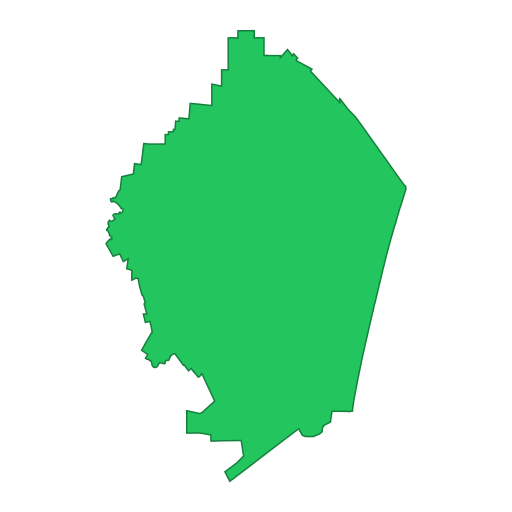 San Fernando, Tamaulipas, Mexico (Natural Earth projection)
{"feature_id": "50627088B9132255009494", "entity_name": "San Fernando", "entity_type": "district", "adm_level": 2, "iso_a3": "MEX", "parent_name": "Mexico", "parent_adm1": "Tamaulipas", "projection": "natural_earth1", "projection_center": [-98.052, 24.872], "detail": "fine", "context": "isolated", "style": "filled", "palette": "green", "viewbox_px": 512, "rotation_deg": 0, "n_neighbors": 0, "source": "geoboundaries", "source_scale": "gbopen_adm2", "svg_char_len": 5808}
<svg xmlns="http://www.w3.org/2000/svg" viewBox="0 0 512 512"><path d="M106.7,230.3L107.1,230.1L107.8,230.7L109.4,233.9L109.6,235.6L109.9,235.6L110.3,236.1L110.5,236.2L110.6,236.4L111.2,236.9L111.8,237.7L111.7,239.6L110.7,239.0L110.4,238.9L110.2,238.9L110.0,239.0L109.9,239.1L106.1,243.3L106.3,244.3L107.2,245.8L113.1,256.3L119.7,253.9L123.3,261.6L128.2,258.8L127.3,264.9L126.8,268.8L131.0,270.0L131.7,270.5L131.9,270.5L131.7,280.2L136.0,278.1L138.1,278.5L139.6,286.3L141.3,292.6L141.9,294.8L143.3,296.2L145.3,302.8L144.1,303.9L146.8,314.1L143.3,314.1L144.4,318.2L145.3,322.4L149.9,321.4L151.1,326.1L152.0,331.1L152.3,332.4L151.8,332.3L148.0,338.9L144.8,344.4L141.6,350.3L147.7,354.4L145.5,358.3L146.0,358.7L146.8,359.1L147.3,359.3L147.5,359.4L148.6,359.3L149.0,359.8L149.3,360.0L149.6,360.6L149.8,360.7L150.2,360.7L151.0,361.2L151.3,361.6L151.4,362.0L151.6,362.9L152.1,365.3L152.7,366.0L152.8,366.4L153.8,367.3L154.3,367.4L155.2,367.5L155.6,367.4L156.5,367.1L157.1,366.6L157.4,366.3L157.7,366.0L158.0,365.1L158.2,364.7L158.5,364.3L158.7,363.8L159.1,363.5L159.7,362.7L159.9,362.7L160.5,362.9L161.0,363.0L161.3,362.8L161.5,362.8L162.6,363.4L162.9,363.5L163.4,363.4L164.2,363.7L164.3,363.8L164.5,363.8L164.7,363.6L165.0,363.5L165.1,363.1L165.2,361.4L165.6,360.7L165.8,360.6L166.2,360.4L166.9,360.5L167.0,360.5L167.2,360.4L167.3,360.3L168.4,360.3L168.8,359.9L169.0,359.9L169.0,359.6L169.2,358.9L169.4,358.6L169.5,358.4L170.2,357.1L170.3,356.8L170.2,356.6L170.2,356.4L170.3,356.0L171.2,355.6L171.7,355.2L172.0,354.8L172.6,354.5L172.7,354.3L172.9,354.2L173.8,353.9L175.0,353.8L183.3,365.2L184.0,364.7L188.5,370.8L191.1,368.5L194.5,372.8L194.7,372.6L198.2,377.1L199.5,376.6L201.9,373.7L214.7,401.1L203.3,411.4L202.6,412.2L201.9,412.6L199.9,413.6L186.7,410.7L186.8,433.1L199.9,433.0L210.8,434.9L211.0,441.1L220.8,440.8L241.2,440.5L243.6,456.0L236.7,463.0L224.9,471.8L229.8,481.3L251.0,465.2L260.9,457.5L288.5,436.4L289.2,436.1L289.4,435.9L289.7,435.5L290.2,435.2L290.3,435.1L298.8,428.7L299.5,430.1L299.8,430.9L300.1,431.5L300.3,431.7L300.6,432.3L300.8,432.6L301.3,433.1L301.5,433.7L301.5,434.2L301.7,434.5L302.2,435.1L302.5,435.4L303.0,435.6L303.7,435.9L304.1,436.1L305.5,436.4L306.6,436.5L309.5,436.6L312.6,436.5L313.4,436.5L319.6,433.9L319.9,433.6L320.0,433.5L320.7,433.0L321.6,432.4L321.8,432.0L321.9,431.9L322.1,431.6L322.2,431.0L322.3,430.3L322.3,429.6L322.4,428.2L322.5,427.7L322.7,427.2L323.4,426.6L323.6,426.2L323.5,425.8L323.6,425.5L323.9,425.3L324.4,425.1L326.0,424.3L329.0,422.8L329.8,422.3L330.3,422.1L330.4,421.7L330.5,421.7L332.0,411.2L347.1,411.4L349.4,411.6L350.2,411.5L351.3,411.1L352.5,411.1L352.5,409.7L353.0,406.0L353.3,404.0L353.8,400.6L356.4,386.7L356.9,384.0L357.2,382.1L357.4,381.6L357.5,381.0L357.6,380.5L357.9,378.4L358.5,376.2L358.9,373.8L360.9,364.3L361.0,363.7L361.4,361.9L361.5,361.2L362.1,358.5L362.3,357.6L362.5,356.6L364.0,349.9L364.4,348.6L364.7,346.8L365.3,344.1L365.7,342.2L367.2,336.0L367.3,335.5L369.4,326.4L369.6,325.3L370.0,323.5L370.3,322.4L371.3,318.2L371.6,316.6L372.2,313.9L373.2,310.6L373.5,308.7L374.3,305.2L375.3,301.5L377.7,291.5L377.9,290.8L378.1,289.6L378.4,288.7L379.0,285.7L380.1,281.7L380.3,280.5L381.6,275.4L381.8,274.2L382.5,271.5L382.7,270.3L383.4,267.5L383.8,266.3L384.1,265.0L384.4,263.5L385.5,259.0L386.4,255.5L386.8,254.0L391.0,238.4L391.4,237.1L392.5,233.3L394.7,225.7L395.8,222.8L396.2,220.6L397.0,218.0L397.7,215.5L398.0,214.4L398.4,213.6L398.6,212.4L399.0,211.2L400.0,207.7L400.9,205.5L401.7,202.7L402.1,201.4L402.5,200.0L403.2,197.9L405.9,189.2L405.7,188.5L405.8,187.6L405.8,186.7L405.4,185.9L404.6,185.6L396.9,175.0L390.4,165.8L360.9,124.3L355.7,117.2L347.8,109.0L346.3,107.0L339.8,98.6L339.6,99.1L339.6,99.7L339.8,99.9L339.9,100.3L339.9,101.1L339.9,101.4L339.8,101.6L339.9,101.8L339.9,102.2L339.8,102.6L337.1,99.6L335.7,98.2L316.6,77.7L310.5,71.2L310.5,70.9L312.0,69.2L297.0,61.0L296.1,59.8L297.6,58.1L293.6,53.7L292.4,55.8L287.5,49.5L283.7,53.9L280.3,57.6L280.3,55.6L266.7,55.6L266.8,55.4L264.0,55.4L264.0,52.1L264.0,37.8L254.2,37.8L254.3,34.3L254.2,30.7L237.9,30.8L237.9,37.9L228.2,37.9L228.2,54.2L228.2,69.5L228.2,69.9L221.6,69.9L221.6,86.1L211.8,84.1L211.8,105.5L203.2,104.7L199.9,104.3L190.2,103.4L188.9,118.8L179.2,117.9L178.9,121.4L175.7,121.1L175.0,129.5L173.4,129.4L173.3,131.8L168.5,131.8L168.4,134.6L165.2,134.6L165.2,144.0L154.8,144.1L149.2,144.1L143.8,143.5L142.0,158.2L141.1,164.6L134.6,163.6L133.7,170.6L133.9,170.7L133.3,174.0L121.7,176.7L120.1,190.1L118.7,190.9L116.8,195.0L116.7,195.5L116.4,196.0L116.3,196.3L116.3,196.6L116.2,197.0L115.9,197.0L115.7,197.0L115.4,197.1L115.3,197.4L114.7,198.2L114.5,198.3L114.3,198.3L113.3,197.7L112.7,198.1L112.5,198.4L112.1,198.7L110.6,198.7L110.6,200.2L110.9,201.2L111.1,201.3L111.5,201.8L111.9,202.0L112.2,202.0L112.4,201.8L112.6,201.6L112.8,201.3L113.0,201.2L114.6,201.8L115.1,202.2L116.2,202.7L117.2,203.6L117.4,203.7L117.7,204.0L119.3,205.6L119.6,206.1L120.3,206.8L120.4,207.2L120.5,207.3L120.8,207.9L121.2,208.3L121.3,208.7L122.4,208.5L122.6,208.6L123.0,208.8L123.1,209.1L123.1,209.6L123.1,210.2L122.6,211.5L122.2,212.0L122.0,212.4L121.6,212.8L121.3,213.0L120.9,213.2L120.3,212.6L120.2,212.2L119.9,212.1L119.1,212.5L119.2,213.1L119.1,213.5L118.9,213.8L118.7,213.9L118.5,214.1L118.2,214.1L117.9,214.1L117.7,214.0L117.4,214.1L116.9,214.0L116.4,213.7L115.3,213.8L114.8,213.9L114.6,214.0L114.4,214.0L113.5,214.6L113.2,214.9L113.0,215.4L113.1,215.7L113.5,216.5L113.7,216.9L113.9,217.1L114.1,217.4L114.2,217.8L114.8,218.9L114.8,219.2L113.6,220.1L113.4,220.2L112.6,220.8L112.3,221.2L111.9,221.3L111.5,221.3L111.0,221.2L110.1,221.0L109.8,220.6L109.8,220.4L109.6,220.3L109.3,220.4L109.2,220.6L108.2,222.1L108.1,222.4L108.2,224.3L108.4,224.6L108.5,224.7L108.5,224.9L108.8,225.4L108.9,225.9L109.2,226.5L108.3,227.2L106.5,229.7L106.7,230.3Z" fill="#22c55e" stroke="#15803d" stroke-width="1.5"/></svg>